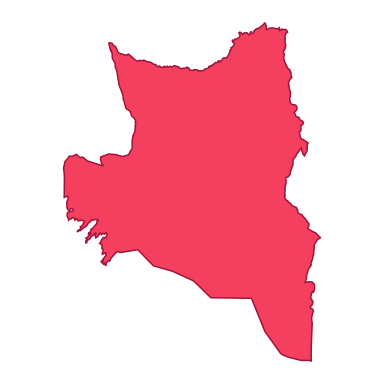 outline of Kwahu Afram Plains South, Eastern, Ghana
{"feature_id": "2480657B87039075961323", "entity_name": "Kwahu Afram Plains South", "entity_type": "district", "adm_level": 2, "iso_a3": "GHA", "parent_name": "Ghana", "parent_adm1": "Eastern", "projection": "equal_earth", "projection_center": [-0.455, 6.878], "detail": "fine", "context": "isolated", "style": "filled", "palette": "rose", "viewbox_px": 384, "rotation_deg": 0, "n_neighbors": 0, "source": "geoboundaries", "source_scale": "gbopen_adm2", "svg_char_len": 5849}
<svg xmlns="http://www.w3.org/2000/svg" viewBox="0 0 384 384"><path d="M257.7,28.3L255.8,29.2L255.2,30.1L254.0,30.8L253.7,32.6L253.2,33.4L252.0,33.4L251.4,32.4L251.5,31.9L250.6,31.9L249.6,34.8L248.7,34.6L246.9,32.7L245.9,33.2L245.0,32.7L244.3,32.8L242.5,34.4L241.0,32.5L239.5,32.2L238.8,33.0L240.1,35.0L239.2,37.5L236.3,39.1L234.8,39.1L234.1,40.4L232.6,40.1L232.3,40.5L232.7,42.2L233.9,42.7L234.6,43.6L232.7,46.9L231.1,47.6L231.3,49.3L230.1,50.1L229.4,53.1L228.4,55.1L226.6,57.7L226.2,58.0L224.1,57.9L222.9,58.4L221.4,60.9L219.6,61.0L219.5,62.2L218.9,62.2L218.3,61.1L217.0,62.7L215.2,62.6L213.6,64.3L211.1,65.7L211.1,66.2L209.9,66.0L208.8,66.6L208.2,68.2L204.9,69.1L204.5,69.8L201.9,70.9L198.8,70.9L197.3,69.9L194.4,69.5L193.1,70.4L189.7,70.1L189.1,68.2L188.0,68.1L187.4,67.2L186.4,67.2L186.0,68.0L185.3,68.4L184.1,68.0L181.7,68.7L179.8,68.2L178.8,66.9L174.3,65.6L172.7,66.9L170.0,66.3L169.1,67.0L167.8,66.9L167.2,66.2L166.9,66.6L165.3,67.0L164.6,66.4L164.0,67.1L163.6,66.7L162.7,67.4L161.8,67.4L160.5,67.1L159.6,66.0L158.4,66.7L157.2,66.4L155.6,64.5L153.6,64.2L150.8,62.3L146.3,61.5L144.2,60.2L141.0,60.7L139.2,60.3L138.3,61.0L136.9,61.0L135.7,60.3L128.9,54.4L128.2,54.1L127.4,55.0L125.2,55.0L120.8,53.8L118.8,52.9L117.8,52.0L116.7,48.9L115.2,46.3L113.8,45.8L112.2,43.4L109.2,42.6L108.9,44.1L109.6,46.2L110.2,49.6L111.3,50.2L110.8,50.8L112.1,53.2L112.3,58.2L115.1,63.4L115.3,67.6L116.1,68.9L116.9,71.5L118.2,80.2L118.9,82.3L118.9,84.6L122.1,92.9L123.2,96.7L123.3,99.7L123.9,100.7L125.8,107.9L126.8,109.2L128.0,109.7L130.0,111.3L131.1,113.9L131.4,115.6L134.8,118.9L135.6,120.9L135.3,122.7L135.8,123.9L135.2,125.6L135.3,128.3L134.9,130.0L134.9,131.4L132.9,135.9L132.1,141.1L132.2,148.5L130.3,151.2L129.2,153.8L127.9,155.1L122.1,156.5L116.1,154.6L108.6,154.0L100.9,156.9L100.4,159.7L101.1,161.3L101.4,163.2L102.2,164.8L102.9,165.0L102.8,165.9L87.4,160.9L82.8,157.2L81.7,157.1L80.7,157.6L79.6,157.2L76.4,154.4L72.2,156.3L69.3,156.1L67.8,158.4L65.0,161.5L63.6,167.9L64.4,175.8L64.2,197.4L67.4,196.2L68.2,197.3L67.9,199.5L66.8,202.0L66.9,207.8L68.0,209.8L69.3,210.2L71.1,208.5L72.8,209.0L73.3,210.1L72.9,210.8L72.2,211.1L70.2,211.3L67.9,212.2L67.2,213.6L67.1,215.7L67.4,216.9L68.4,218.8L68.6,220.2L69.3,219.5L71.1,218.9L72.7,217.5L73.8,217.8L74.9,220.1L76.7,218.7L78.1,220.9L81.4,220.3L84.0,220.8L84.0,222.2L82.0,225.8L81.2,226.5L80.4,226.5L80.7,227.4L80.2,229.1L78.4,230.4L77.8,230.4L77.4,231.6L77.7,231.7L79.6,230.5L80.2,230.7L83.8,227.6L86.4,226.2L88.6,222.7L90.2,221.9L91.3,220.0L92.4,220.5L95.0,219.4L96.0,219.4L96.9,220.0L97.4,219.6L98.0,219.9L98.1,220.3L97.1,221.3L96.5,223.8L92.3,228.7L91.2,228.9L91.2,230.2L90.5,230.6L90.5,231.7L90.1,232.4L89.1,232.5L88.6,232.9L88.4,234.3L90.6,233.9L87.8,237.0L85.9,238.0L86.7,239.0L86.5,240.1L85.7,241.5L85.8,242.6L86.3,242.1L86.7,242.5L86.9,241.4L87.9,239.6L88.5,239.8L90.3,238.4L91.4,236.2L92.7,235.8L95.6,232.9L95.9,233.1L95.9,233.8L95.1,234.9L95.7,237.8L97.9,236.4L100.0,233.0L100.4,233.1L101.3,234.6L103.6,233.2L104.6,234.2L106.1,232.7L106.8,233.7L107.2,234.9L106.1,236.3L106.2,237.5L105.3,237.8L103.8,237.4L102.8,238.0L101.2,240.6L100.5,242.6L99.6,243.4L101.9,244.9L102.1,245.7L101.8,248.3L103.2,249.6L103.2,250.8L102.2,253.1L102.4,254.3L105.6,252.8L106.1,253.0L105.7,255.8L102.7,259.6L103.4,260.1L103.1,260.7L103.4,260.8L101.3,261.1L101.1,261.4L101.7,262.7L103.9,263.1L103.3,263.8L103.5,264.3L104.8,263.9L105.5,265.3L106.1,265.2L106.1,263.3L106.7,262.4L108.7,260.8L109.6,261.2L110.9,258.3L117.1,251.4L120.3,252.5L137.8,249.7L153.4,265.8L172.6,271.3L193.6,280.9L210.8,297.7L251.5,298.3L264.9,331.5L280.6,353.4L283.1,355.2L289.2,357.4L301.1,360.4L308.8,360.4L311.2,361.0L311.2,349.1L312.2,323.1L311.7,320.1L311.7,317.0L312.9,312.4L313.5,311.6L313.4,310.7L312.7,309.4L312.0,308.7L310.5,308.1L310.4,306.5L311.8,305.5L313.0,302.5L312.9,301.3L312.0,300.4L311.7,299.4L310.6,298.2L311.5,293.7L312.6,291.6L313.4,292.1L314.4,289.8L314.7,286.4L314.0,284.0L312.1,282.0L308.8,281.8L305.1,282.4L306.4,278.7L306.6,274.8L307.2,273.9L308.3,269.3L311.0,265.6L311.2,264.8L310.9,263.4L312.6,258.7L313.2,255.4L313.8,254.2L313.6,252.3L314.1,249.2L314.3,244.8L317.3,239.7L320.4,237.8L315.6,232.8L312.7,231.6L308.3,229.0L307.6,228.2L308.9,226.2L309.0,223.9L304.8,218.2L303.0,216.5L301.8,214.5L300.1,214.2L298.3,213.0L297.5,211.3L297.8,210.2L296.3,207.4L292.3,205.9L290.1,203.0L288.6,202.5L288.2,201.4L287.4,200.6L286.4,200.4L286.0,199.6L285.3,199.1L285.0,198.0L284.9,195.9L285.2,195.4L284.7,193.4L285.2,190.1L284.9,188.8L285.2,187.8L285.1,185.9L285.7,185.0L285.4,184.7L285.9,183.8L286.1,182.4L286.1,180.1L285.6,178.7L286.4,177.2L288.0,177.0L290.0,174.6L290.2,172.6L290.8,171.2L290.6,170.6L291.2,169.1L291.9,168.1L292.0,166.6L292.7,165.5L293.0,164.1L292.8,162.0L293.4,158.9L295.0,157.4L295.7,156.4L296.6,153.9L298.3,152.3L299.9,149.5L301.0,148.2L303.1,154.3L304.4,155.8L307.0,151.0L307.3,147.4L307.0,145.9L308.1,142.8L307.2,142.8L306.2,141.4L305.0,141.0L303.1,139.4L302.0,139.4L300.4,137.5L299.4,131.7L300.6,131.1L301.0,129.6L300.8,125.9L302.7,124.5L303.5,122.7L302.5,121.1L300.0,119.8L299.1,118.3L299.1,117.5L296.1,116.6L294.6,112.8L294.1,112.4L296.9,109.7L296.9,107.2L296.1,105.6L294.7,104.8L292.2,104.6L290.8,103.4L289.8,100.6L289.7,98.0L290.2,96.7L290.6,93.3L289.0,87.4L289.2,86.2L288.6,84.9L288.8,83.6L288.2,82.3L289.4,80.9L290.1,79.1L291.5,77.9L291.8,76.9L291.2,75.7L290.9,75.8L291.0,72.3L290.1,71.1L289.8,69.6L288.4,69.1L286.9,66.6L284.5,61.4L283.6,58.1L284.2,55.5L284.2,54.2L283.5,52.4L283.6,50.5L284.2,50.3L285.2,48.5L285.4,46.5L285.8,45.9L285.2,42.9L285.1,40.3L285.3,39.4L284.8,38.8L285.2,37.6L284.9,35.9L286.5,32.4L287.5,32.3L287.3,31.4L286.0,29.6L285.4,29.4L283.4,29.6L281.8,29.1L280.3,30.6L279.6,30.6L279.4,29.5L279.6,28.2L279.2,27.6L278.2,29.0L271.9,27.8L268.6,28.6L266.3,29.7L266.2,25.9L265.6,24.5L265.7,23.9L264.4,23.0L263.8,24.3L258.5,28.4L257.7,28.3Z" fill="#f43f5e" stroke="#9f1239" stroke-width="1.5"/></svg>